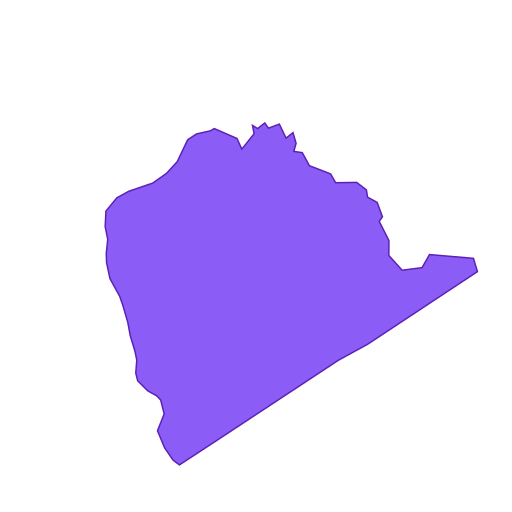 Clark, Washington, United States of America (orthographic projection), rotated 57°
{"feature_id": "52423323B89011069533198", "entity_name": "Clark", "entity_type": "district", "adm_level": 2, "iso_a3": "USA", "parent_name": "United States of America", "parent_adm1": "Washington", "projection": "orthographic", "projection_center": [-122.549, 45.801], "detail": "fine", "context": "isolated", "style": "filled", "palette": "violet", "viewbox_px": 512, "rotation_deg": 57, "n_neighbors": 0, "source": "geoboundaries", "source_scale": "gbopen_adm2", "svg_char_len": 1068}
<svg xmlns="http://www.w3.org/2000/svg" viewBox="0 0 512 512"><g transform="rotate(57 256 256)"><path d="M389.5,434.0L389.3,387.1L388.3,243.7L390.8,210.2L389.7,78.8L376.4,74.9L349.3,109.7L356.2,123.1L347.5,141.2L327.9,144.3L315.4,136.1L294.1,133.8L292.0,128.6L277.1,125.2L267.4,130.4L260.7,127.4L249.1,131.5L237.9,149.3L227.8,148.7L209.4,162.0L194.5,160.9L188.9,167.3L183.3,161.0L172.7,157.8L173.5,166.6L158.1,164.6L155.6,175.9L149.2,176.2L150.0,185.2L144.6,187.8L152.4,191.0L157.5,206.1L158.5,209.7L147.1,207.9L126.4,221.6L126.2,226.0L121.2,239.5L121.3,250.0L134.0,270.7L137.9,285.8L138.2,291.9L138.6,303.2L137.5,307.2L132.4,327.5L131.4,341.0L136.6,357.4L137.3,357.9L149.2,366.5L161.3,371.3L172.3,380.2L180.1,384.9L195.4,390.8L215.7,392.3L223.8,394.3L226.1,394.9L241.5,399.6L242.4,399.9L254.4,404.9L263.4,407.5L269.9,409.4L276.2,411.8L278.5,412.8L288.7,420.6L296.2,423.2L309.9,420.3L314.6,417.9L319.2,415.4L324.9,414.4L338.4,419.0L348.9,433.8L366.9,437.1L380.8,436.8L382.8,436.5L389.5,434.0L389.5,434.0Z" fill="#8b5cf6" stroke="#5b21b6" stroke-width="1.5"/></g></svg>